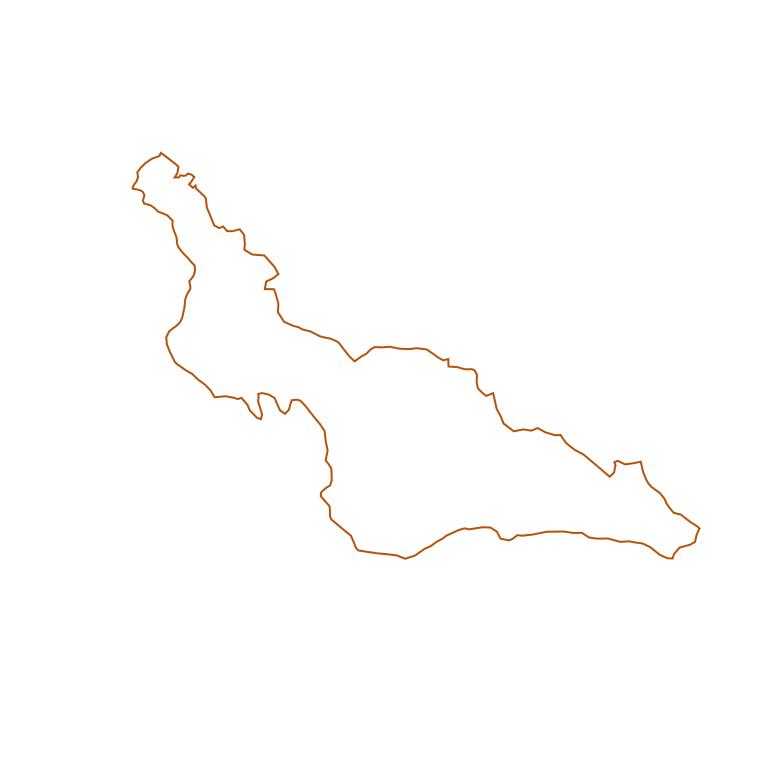 the district of Tochni, Larnaca, Cyprus, rotated 139°
{"feature_id": "46923920B66389715069900", "entity_name": "Tochni", "entity_type": "district", "adm_level": 2, "iso_a3": "CYP", "parent_name": "Cyprus", "parent_adm1": "Larnaca", "projection": "mercator", "projection_center": [33.321, 34.765], "detail": "fine", "context": "isolated", "style": "outline", "palette": "amber", "viewbox_px": 768, "rotation_deg": 139, "n_neighbors": 0, "source": "geoboundaries", "source_scale": "gbopen_adm2", "svg_char_len": 3569}
<svg xmlns="http://www.w3.org/2000/svg" viewBox="0 0 768 768"><g transform="rotate(139 384 384)"><path d="M400.8,704.8L403.9,703.4L410.7,706.1L413.8,706.6L419.3,707.2L425.9,706.8L431.3,705.6L432.8,703.2L433.9,701.6L437.4,699.4L441.6,698.5L444.8,697.2L445.5,696.2L445.1,695.7L442.6,692.6L440.8,689.8L440.0,687.4L440.9,683.7L445.6,680.6L446.7,677.7L444.8,674.8L443.0,672.1L441.9,668.1L441.4,662.2L439.1,658.1L438.2,656.1L436.9,653.7L436.8,652.0L436.4,646.1L440.2,641.6L442.1,637.3L443.3,633.6L444.2,631.3L445.9,628.5L448.1,625.7L449.4,622.3L449.8,616.0L449.4,607.4L449.4,602.0L449.2,597.7L452.2,593.5L456.9,590.5L463.5,589.3L466.5,584.2L467.8,582.8L473.4,581.1L478.2,578.5L479.5,577.3L484.6,572.5L493.3,566.1L497.9,564.3L502.4,564.1L507.2,564.5L511.4,564.7L517.7,562.1L521.9,556.3L524.5,548.9L525.9,543.4L527.3,538.2L527.3,535.6L524.3,523.2L522.1,517.4L521.5,509.6L519.5,500.9L519.1,493.3L520.5,485.1L511.6,478.7L506.8,472.7L504.2,468.5L500.7,467.1L500.7,457.8L502.6,452.2L502.0,441.8L499.9,438.2L495.9,441.2L493.1,447.4L490.5,453.4L487.4,456.2L485.4,459.0L482.0,457.2L477.8,451.4L475.8,445.2L478.0,438.4L479.8,432.2L478.2,426.4L472.5,427.0L466.7,431.0L464.1,432.2L459.7,429.0L458.0,426.0L457.7,418.4L458.4,405.6L458.7,395.4L459.6,387.6L465.5,379.1L470.2,370.7L478.1,364.8L478.4,359.9L479.2,354.8L482.8,350.2L486.6,345.7L491.2,342.7L494.6,343.4L497.2,343.6L502.3,343.6L505.3,340.8L505.3,333.7L505.2,327.7L508.7,322.7L511.5,319.7L512.6,316.5L510.4,302.2L508.5,291.1L510.9,283.7L512.6,278.9L512.6,275.2L509.2,271.2L505.8,267.2L499.6,260.0L494.4,254.7L486.9,246.3L483.8,240.5L482.6,238.2L473.3,234.2L461.2,232.9L455.3,231.0L448.1,230.4L441.6,228.9L436.3,228.6L432.9,227.6L423.6,224.8L418.0,222.3L414.9,218.3L403.4,211.1L397.8,205.8L395.7,198.6L397.5,190.8L392.2,183.9L388.4,182.8L382.5,182.4L379.1,178.7L373.6,175.0L371.4,173.3L358.2,165.8L345.1,154.7L338.9,147.4L332.3,141.9L329.9,133.5L325.0,127.9L320.5,124.0L316.4,120.5L309.2,109.8L302.2,104.4L297.7,98.8L293.5,94.0L290.1,86.2L287.9,73.9L284.2,66.3L280.7,63.0L276.5,65.5L268.2,66.6L258.4,61.9L252.8,60.8L247.5,64.8L241.0,68.0L240.7,68.0L240.8,70.1L243.4,79.2L245.7,90.9L249.9,96.7L249.7,102.9L249.2,108.6L247.6,113.2L247.3,120.5L249.7,131.0L249.7,135.7L248.5,141.0L245.9,148.2L241.2,156.9L247.8,160.6L254.8,165.2L258.0,172.7L261.4,173.8L262.5,170.9L268.4,166.3L274.5,165.9L276.3,178.1L279.7,200.1L283.3,209.2L285.4,220.1L284.2,229.7L288.5,233.1L293.9,241.7L296.9,249.9L303.4,252.1L308.6,258.3L317.1,263.2L319.7,275.8L317.1,283.0L315.3,291.3L307.6,305.5L314.7,308.0L315.6,313.0L316.0,319.1L313.0,324.5L307.9,329.8L306.7,334.8L307.8,337.4L313.1,341.8L315.9,346.0L317.2,348.2L323.8,354.9L319.1,360.7L323.8,363.0L325.8,368.7L326.8,373.2L329.1,382.1L334.3,387.9L336.0,389.7L342.1,393.8L346.3,397.7L350.2,401.7L354.9,408.1L358.2,410.5L361.8,413.2L366.7,417.9L371.6,418.9L377.5,418.4L382.0,419.5L391.3,420.4L392.0,427.0L391.7,434.9L391.0,444.8L391.8,447.6L394.8,453.6L397.8,457.4L401.1,462.1L404.9,471.7L409.9,478.9L411.3,483.1L414.3,487.3L418.6,496.3L417.0,507.8L411.1,513.8L406.7,522.8L404.9,527.8L411.7,533.8L405.7,538.6L398.4,536.6L391.6,536.2L389.8,544.2L390.0,559.5L398.6,568.3L401.3,576.9L397.2,580.9L391.8,588.3L391.4,595.4L398.2,598.8L402.1,602.2L402.1,608.4L406.1,609.8L408.1,615.2L404.5,625.6L401.9,633.5L396.8,640.7L396.4,643.5L397.0,649.5L397.6,654.5L396.1,657.5L399.5,657.4L400.1,662.6L397.3,662.9L391.4,664.7L391.9,668.3L394.0,671.5L396.7,671.3L398.7,672.6L400.7,675.0L403.2,674.5L406.5,677.2L401.4,678.8L396.6,682.8L396.9,686.0L399.4,698.8L400.8,704.8Z" fill="none" stroke="#b45309" stroke-width="2"/></g></svg>